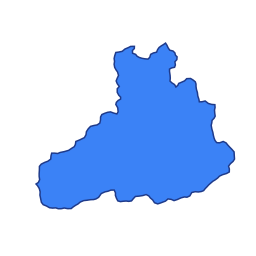 Divino das Laranjeiras, Minas Gerais, Brazil, rotated 260°
{"feature_id": "56859067B59658665671688", "entity_name": "Divino das Laranjeiras", "entity_type": "district", "adm_level": 2, "iso_a3": "BRA", "parent_name": "Brazil", "parent_adm1": "Minas Gerais", "projection": "natural_earth1", "projection_center": [-41.495, -18.7], "detail": "fine", "context": "isolated", "style": "filled", "palette": "blue", "viewbox_px": 256, "rotation_deg": 260, "n_neighbors": 0, "source": "geoboundaries", "source_scale": "gbopen_adm2", "svg_char_len": 2788}
<svg xmlns="http://www.w3.org/2000/svg" viewBox="0 0 256 256"><g transform="rotate(260 128 128)"><path d="M204.5,129.1L201.3,127.4L198.8,126.4L195.9,126.3L193.2,125.4L190.0,125.4L187.1,126.4L185.1,127.4L181.4,127.8L179.0,126.1L176.4,124.5L173.5,125.1L170.4,126.6L168.5,124.2L165.0,123.6L161.9,124.6L159.7,126.1L157.7,125.7L156.9,123.2L155.3,121.0L153.3,120.1L149.7,121.4L145.7,121.1L143.8,119.5L145.3,116.3L146.9,113.6L147.0,110.6L146.5,107.5L145.8,104.6L143.6,102.9L140.6,102.3L137.7,101.1L136.4,98.1L136.4,94.8L136.1,91.4L134.2,88.8L131.6,86.4L128.7,85.5L126.1,83.4L124.7,78.5L123.8,74.3L120.9,73.3L118.9,71.8L117.8,69.0L116.3,65.7L115.8,61.0L115.7,57.0L115.1,54.4L116.0,51.3L116.5,48.5L113.9,47.3L110.8,46.5L109.2,43.3L108.6,40.0L107.5,36.3L105.6,34.1L101.9,33.4L98.6,32.6L95.7,32.1L92.4,32.0L89.9,30.2L88.8,27.7L86.9,28.9L83.8,30.1L80.4,30.4L77.2,29.6L73.7,29.7L69.9,29.8L67.2,31.2L65.4,34.1L63.1,36.9L62.2,39.9L61.9,43.0L60.6,45.3L60.1,48.5L60.3,51.3L59.1,54.4L58.5,58.0L59.9,60.5L61.0,63.0L61.8,65.4L63.4,68.2L64.2,71.8L64.0,74.7L63.9,78.6L63.5,81.7L63.7,84.1L64.8,87.0L68.1,90.3L69.1,94.2L69.2,97.3L69.8,100.3L69.3,103.6L66.3,104.4L63.9,103.9L60.9,104.4L58.0,105.3L56.8,107.8L56.7,110.6L56.4,113.5L55.6,116.1L55.6,118.8L57.5,121.0L59.3,123.4L59.0,127.0L58.9,130.8L59.3,134.3L57.5,136.7L55.0,138.0L52.9,139.8L49.8,141.1L48.1,144.1L48.5,146.9L49.0,149.6L49.5,152.2L51.2,155.1L50.2,158.2L48.5,160.7L49.0,164.2L50.0,168.1L50.3,171.6L49.6,174.1L50.4,177.1L53.4,179.6L53.6,183.1L52.8,186.1L52.7,189.2L53.2,191.6L54.9,193.5L56.4,195.6L57.9,197.5L59.2,199.6L60.8,202.3L61.8,204.9L63.2,207.7L64.7,209.7L65.6,213.0L66.1,217.2L67.1,220.1L70.0,220.7L73.0,220.4L75.1,222.7L76.9,225.7L78.9,227.5L82.6,227.9L86.1,228.3L89.1,226.5L91.7,224.7L93.9,223.3L96.3,222.0L98.2,219.4L97.5,215.5L98.2,212.8L100.7,211.5L103.3,211.0L106.1,210.8L109.0,210.8L112.4,210.4L116.2,210.4L118.5,211.4L120.9,212.1L122.7,214.5L124.5,215.9L127.4,216.0L130.6,216.3L133.1,217.3L135.9,217.6L136.7,214.5L138.2,211.4L141.2,208.7L141.0,205.3L141.4,202.8L143.9,202.8L147.5,202.3L150.8,202.5L154.2,202.1L157.1,202.2L159.5,202.6L161.8,202.3L164.0,200.4L165.9,198.2L166.4,194.4L164.6,191.9L163.8,188.7L163.1,185.7L161.3,184.4L160.1,182.3L162.7,181.4L164.7,179.2L166.9,177.5L169.8,178.3L172.7,178.6L176.4,178.7L178.8,179.1L179.6,181.4L179.7,184.4L181.8,185.6L185.1,185.7L186.9,188.0L189.6,188.7L191.4,187.4L193.9,187.2L196.0,185.7L197.4,182.6L200.1,181.4L202.8,180.7L205.1,179.7L204.0,177.4L203.1,175.0L201.9,172.6L200.1,170.8L197.7,169.3L197.5,166.0L196.6,163.1L193.8,161.7L192.4,159.6L193.2,156.7L194.2,153.9L195.6,151.2L197.1,149.4L199.2,148.3L200.8,145.5L203.5,145.8L205.1,148.0L207.3,148.5L207.9,144.8L207.2,142.6L206.3,138.7L204.5,135.6L204.4,132.2L204.5,129.1Z" fill="#3b82f6" stroke="#1e3a8a" stroke-width="1.5"/></g></svg>